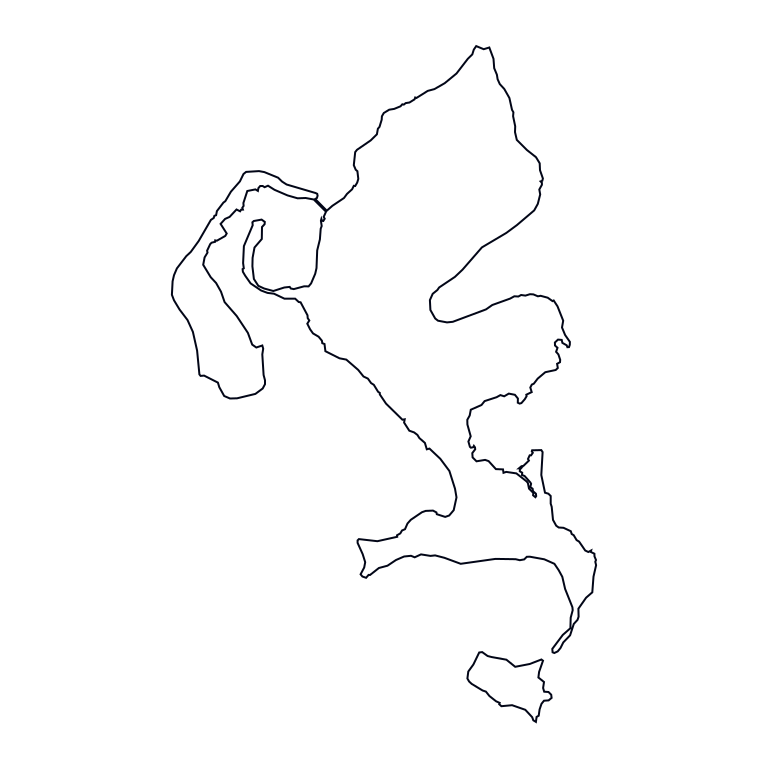 Pangaimotu, Vava'u, Tonga (Albers equal-area conic projection)
{"feature_id": "48082658B58897341989636", "entity_name": "Pangaimotu", "entity_type": "district", "adm_level": 2, "iso_a3": "TON", "parent_name": "Tonga", "parent_adm1": "Vava'u", "projection": "albers", "projection_center": [-174.001, -18.686], "detail": "fine", "context": "isolated", "style": "outline", "palette": "ink", "viewbox_px": 768, "rotation_deg": 0, "n_neighbors": 0, "source": "geoboundaries", "source_scale": "gbopen_adm2", "svg_char_len": 6108}
<svg xmlns="http://www.w3.org/2000/svg" viewBox="0 0 768 768"><path d="M252.2,344.6L247.9,332.9L236.7,316.0L224.6,302.1L221.0,291.7L216.1,283.0L210.7,277.2L203.2,264.8L204.6,257.4L207.5,252.6L207.1,250.7L210.2,244.1L211.6,242.7L215.1,241.8L215.2,240.4L216.9,240.7L225.3,235.9L226.7,233.5L220.6,223.9L225.1,218.9L229.6,216.9L236.5,209.5L240.1,211.3L241.1,209.7L242.9,209.6L242.3,207.8L243.6,205.9L243.4,203.0L247.3,191.0L255.4,189.4L257.9,190.9L258.4,188.1L260.2,186.0L262.7,186.0L264.6,187.2L268.0,185.7L274.5,189.8L287.5,195.4L297.6,198.3L305.6,198.0L313.8,199.5L326.0,211.7L323.7,216.9L324.7,218.7L323.3,221.0L322.0,220.8L321.4,219.0L320.9,220.8L321.7,226.0L320.7,228.7L319.9,239.4L317.2,250.4L316.5,268.1L315.2,273.8L311.1,283.4L308.6,286.4L304.2,286.3L293.8,289.1L290.8,288.5L289.7,286.9L284.3,287.5L273.3,291.0L264.1,288.5L258.3,285.8L253.9,279.0L252.4,266.3L252.6,257.8L254.5,247.5L261.8,239.0L262.0,227.0L264.6,224.2L264.8,221.9L261.6,219.6L253.8,221.0L252.4,222.3L252.7,225.2L243.9,246.1L243.1,263.1L243.8,268.3L242.6,269.1L242.9,271.8L245.2,275.7L250.6,283.4L261.1,290.5L267.5,292.9L274.0,293.7L284.5,298.7L295.2,298.7L298.7,302.0L300.6,302.3L307.5,315.3L307.7,318.1L309.3,320.5L307.3,323.7L310.1,329.3L313.0,333.4L318.6,336.7L321.9,340.7L322.3,343.2L324.5,344.0L325.4,351.2L339.5,358.3L346.3,359.6L358.2,369.9L363.5,376.5L367.9,378.6L371.1,383.1L373.8,384.8L378.1,391.8L379.8,392.9L379.8,394.4L386.0,403.6L402.4,419.7L404.7,419.3L404.1,422.6L409.3,430.7L414.1,432.4L417.4,434.9L419.4,438.1L424.9,442.9L426.8,449.3L429.5,448.6L440.3,458.8L449.4,471.0L455.0,488.7L456.5,497.4L453.7,510.2L449.2,515.5L445.2,516.9L436.8,514.2L436.4,512.4L433.0,510.6L425.7,510.9L422.0,512.2L410.8,519.8L407.5,523.5L405.0,529.2L402.0,530.5L400.3,533.4L397.0,535.3L397.2,536.8L377.4,541.2L358.9,539.1L357.6,540.4L357.6,542.9L362.7,554.2L365.2,562.2L364.2,567.5L360.6,574.3L362.4,576.5L366.1,577.8L368.6,574.9L370.0,575.0L378.9,568.0L387.5,565.7L396.0,560.0L404.1,556.5L411.0,555.8L414.7,557.3L421.0,554.4L430.5,555.9L435.1,555.4L444.4,557.8L460.7,563.8L495.5,558.9L515.6,559.2L519.8,560.2L524.2,559.4L526.8,556.8L529.8,556.7L544.3,559.3L554.4,563.8L558.7,570.2L562.3,576.8L565.1,588.9L572.4,607.2L572.7,610.2L570.7,617.7L570.4,628.2L562.8,634.9L552.3,648.9L552.6,652.3L554.3,653.0L557.7,651.4L560.5,648.0L563.3,642.4L570.1,635.3L573.8,623.9L577.5,619.9L578.6,616.7L578.4,608.7L586.1,597.7L592.3,592.3L593.5,576.6L596.1,565.2L595.3,561.8L596.0,560.0L594.5,556.4L594.4,553.7L590.7,551.9L591.1,550.5L588.3,552.0L585.2,550.5L579.1,541.6L576.6,540.1L573.7,535.2L571.7,534.0L570.8,531.2L563.5,527.8L558.7,527.5L556.2,525.7L553.0,519.9L551.7,506.8L550.7,503.7L550.7,496.0L548.4,493.7L545.0,492.7L541.3,475.0L542.6,452.1L541.3,450.1L532.1,450.3L531.8,451.4L532.8,452.8L531.1,455.3L529.7,455.3L528.0,459.0L528.9,460.6L523.4,465.9L521.5,466.2L519.0,468.3L521.1,468.2L519.9,469.5L519.8,471.3L522.2,472.7L522.0,475.0L524.6,476.0L530.4,482.5L531.1,483.8L530.3,487.1L532.6,488.7L533.0,491.2L535.9,493.7L536.2,496.1L535.4,497.2L533.1,495.3L533.3,492.9L529.0,488.6L527.9,483.1L526.7,481.5L516.4,473.4L506.2,471.9L503.5,472.8L503.0,469.4L495.9,469.1L488.6,461.1L485.1,459.9L476.5,461.3L472.6,457.4L472.3,453.1L475.2,449.3L475.0,447.4L473.9,445.9L473.3,447.2L470.9,447.7L469.9,446.8L468.4,441.5L470.7,436.3L467.4,424.5L467.3,419.8L469.7,415.5L470.8,409.7L481.5,405.0L484.6,401.1L496.6,397.2L500.4,395.1L504.2,396.3L508.8,393.6L514.9,394.8L517.9,398.5L517.8,402.7L519.6,403.6L521.4,403.1L524.8,399.2L526.6,396.2L526.3,394.7L531.7,392.1L530.3,387.5L531.8,384.6L533.8,383.7L537.7,378.6L545.3,372.2L555.7,370.0L557.8,368.0L557.1,363.8L560.0,362.2L560.2,359.8L558.4,354.4L556.1,351.8L557.5,347.8L555.0,345.5L554.9,342.5L558.0,339.6L561.7,339.9L562.4,342.9L566.7,345.3L567.4,347.2L569.0,347.1L569.8,344.8L569.9,341.9L565.1,335.0L562.0,327.5L563.2,320.7L557.5,306.3L553.7,300.5L552.5,301.1L547.7,297.7L540.6,295.8L537.9,296.3L533.4,294.4L530.0,294.2L525.4,295.6L521.1,295.0L518.4,296.5L514.3,296.3L510.1,298.6L492.3,305.0L486.0,309.4L452.8,321.8L447.0,322.4L438.0,320.7L435.2,318.5L430.4,310.0L429.9,300.1L432.7,293.8L437.4,290.0L439.1,287.5L454.9,276.9L462.5,269.7L481.9,247.4L506.2,233.0L516.9,225.1L534.2,210.4L537.8,203.9L540.2,194.4L539.3,189.5L541.9,184.8L541.9,182.8L540.6,181.4L542.3,180.8L542.9,178.5L540.0,170.2L539.7,163.3L536.0,157.2L526.9,150.0L516.8,139.9L515.0,132.1L515.2,126.3L513.1,116.2L513.4,112.3L512.0,109.8L509.4,98.0L504.3,89.0L499.8,84.1L497.6,79.2L496.9,74.7L494.2,68.2L493.5,58.8L489.3,47.5L483.7,49.2L476.2,46.1L473.8,49.6L472.3,54.4L467.9,58.7L456.5,73.5L444.7,83.2L434.4,89.1L427.7,90.9L416.4,98.0L415.2,97.5L414.6,99.3L409.5,102.5L405.7,103.1L403.8,104.6L402.3,104.3L400.5,106.3L394.2,108.9L389.2,109.7L383.8,113.0L381.9,116.3L381.7,119.7L379.5,126.9L377.9,128.7L376.9,134.3L370.7,140.4L357.0,149.8L355.2,152.1L353.8,165.2L355.7,169.7L357.4,171.2L358.3,178.9L357.2,182.6L355.2,186.0L353.8,185.8L352.1,189.3L347.0,193.9L344.0,198.0L332.4,205.8L326.8,210.7L315.2,199.0L316.9,198.0L317.6,195.7L317.2,193.8L315.5,193.0L286.6,184.5L282.1,181.6L278.1,177.7L264.4,172.1L259.0,171.1L246.1,171.9L243.5,174.0L239.9,181.4L230.9,191.7L225.3,201.2L223.4,202.6L216.9,211.1L216.1,215.2L214.4,215.8L213.7,218.0L210.9,219.9L198.7,241.0L190.8,251.9L186.3,256.1L176.9,268.4L174.0,275.2L172.6,281.3L171.9,294.8L174.0,300.3L179.6,309.6L187.5,320.0L192.9,331.9L197.1,350.6L199.4,374.4L200.6,375.9L204.1,375.6L217.9,382.6L219.3,387.2L224.2,396.0L230.0,398.5L237.1,398.3L255.4,393.9L262.7,388.5L265.0,384.2L265.0,380.3L263.6,375.0L262.3,354.4L263.2,348.7L262.3,345.5L256.3,347.5L252.2,344.6ZM541.4,659.5L529.7,664.0L515.2,666.8L506.4,659.7L491.4,657.0L487.6,656.0L482.2,652.1L479.2,652.5L473.4,664.5L468.3,671.5L467.4,678.5L469.1,681.5L471.7,683.9L482.6,690.5L485.9,691.6L489.4,696.0L496.1,701.3L499.7,702.9L499.2,704.2L501.4,706.2L512.1,705.2L525.3,709.8L532.2,717.2L533.3,720.3L535.9,721.9L536.6,716.9L538.7,715.7L539.6,709.4L541.5,703.8L544.0,700.7L548.6,700.4L551.6,697.9L551.2,694.7L548.5,692.0L544.2,691.7L543.1,688.0L544.0,682.0L538.4,677.5L539.1,671.9L543.0,660.7L541.4,659.5Z" fill="none" stroke="#020617" stroke-width="2"/></svg>